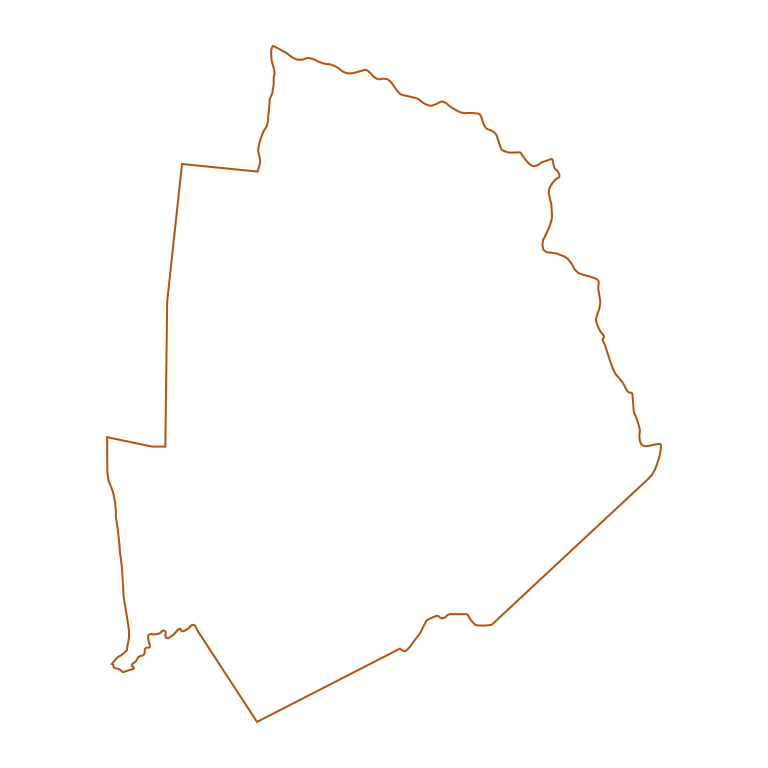 outline of Valladolid, Lempira, Honduras
{"feature_id": "27666195B50240677201560", "entity_name": "Valladolid", "entity_type": "district", "adm_level": 2, "iso_a3": "HND", "parent_name": "Honduras", "parent_adm1": "Lempira", "projection": "robinson", "projection_center": [-88.707, 14.154], "detail": "fine", "context": "isolated", "style": "outline", "palette": "amber", "viewbox_px": 768, "rotation_deg": 0, "n_neighbors": 0, "source": "geoboundaries", "source_scale": "gbopen_adm2", "svg_char_len": 6041}
<svg xmlns="http://www.w3.org/2000/svg" viewBox="0 0 768 768"><path d="M651.3,475.9L653.7,471.8L655.3,468.7L656.1,466.7L658.5,459.7L659.2,457.6L659.8,454.9L660.7,449.8L660.9,447.4L660.8,444.9L660.6,444.5L660.2,444.2L659.6,444.0L659.0,444.0L656.9,444.2L653.9,444.7L647.7,446.1L646.3,446.2L644.9,446.2L643.4,445.8L642.1,445.1L641.6,444.7L641.1,444.1L640.5,442.7L639.8,440.2L639.4,437.5L639.4,435.0L639.8,431.2L639.8,429.9L639.5,428.6L638.6,424.7L637.2,420.1L635.9,416.7L634.4,413.6L633.8,411.8L632.5,394.6L632.4,394.0L632.1,393.4L631.6,392.9L631.1,392.7L629.7,392.6L628.9,392.4L628.1,391.9L627.4,391.2L626.1,389.1L624.0,384.9L622.4,382.3L619.9,379.0L616.2,374.8L615.4,373.6L614.6,372.2L613.0,368.8L611.2,364.3L605.1,345.6L604.5,344.2L603.4,342.0L602.8,340.4L602.7,339.7L602.8,339.0L603.1,338.5L603.7,337.7L603.9,337.1L604.0,336.4L603.8,335.8L603.0,334.5L601.0,332.4L600.0,330.8L599.0,328.8L597.5,325.4L596.4,322.1L595.9,319.9L595.9,319.3L597.4,314.2L599.4,308.5L600.3,302.0L599.2,294.4L598.1,288.2L598.8,283.7L598.6,281.1L596.7,279.0L589.7,276.5L583.4,274.9L578.4,273.1L574.5,269.2L571.9,264.1L567.8,258.8L564.3,256.4L561.3,255.3L556.5,253.4L549.2,252.4L546.6,252.3L543.4,249.6L542.5,245.7L542.9,240.7L546.4,233.4L550.1,225.1L552.1,217.5L551.5,205.3L548.7,193.1L549.1,189.8L549.6,188.3L550.6,186.1L551.8,183.9L552.9,182.4L554.3,180.8L556.1,179.0L556.9,178.4L558.0,178.0L558.7,177.6L559.2,176.9L559.4,176.2L559.4,175.2L559.2,174.3L558.2,172.2L557.2,170.7L556.4,170.0L555.2,169.1L554.6,168.2L554.2,167.0L553.2,163.1L552.6,160.2L552.5,159.7L552.3,159.4L551.8,159.2L551.4,159.1L550.0,159.3L546.5,160.8L543.2,161.7L541.7,162.3L541.0,162.7L539.8,163.8L538.9,164.5L537.1,165.4L535.1,166.0L534.1,166.1L533.2,166.0L532.0,165.7L530.8,165.1L529.7,164.3L528.7,163.3L526.9,161.3L523.1,156.6L522.2,155.2L521.0,153.2L520.7,152.8L520.3,152.5L519.8,152.4L517.8,152.4L511.7,152.6L509.3,152.6L507.2,152.1L505.0,151.4L503.4,150.7L502.1,150.0L501.4,149.4L500.8,148.2L499.2,143.3L497.0,136.5L496.6,135.6L496.1,134.6L495.2,133.4L494.4,132.6L491.9,130.8L490.5,130.1L488.2,129.5L487.5,129.2L486.7,128.7L485.7,127.7L485.1,126.9L484.4,125.7L483.2,123.1L482.4,120.7L481.6,117.7L481.1,116.4L480.5,115.4L480.0,114.7L479.4,114.1L478.8,113.8L478.1,113.6L476.5,113.4L472.0,113.0L468.1,112.9L464.2,113.2L461.8,112.6L459.5,111.9L457.6,111.0L452.4,108.0L449.9,106.4L447.3,104.1L445.5,102.8L444.2,102.1L442.6,101.5L441.7,101.5L440.5,101.8L435.9,104.2L431.7,105.7L430.4,105.8L428.1,105.2L425.2,104.0L423.5,103.1L421.7,101.8L419.3,99.8L418.3,99.1L417.2,98.6L412.0,97.1L403.2,95.1L401.9,94.8L400.7,94.3L399.9,93.7L396.5,89.8L394.8,87.6L392.6,84.2L391.2,82.4L389.8,81.0L388.5,79.9L387.0,79.1L384.9,78.8L383.3,78.7L382.2,78.7L379.8,79.3L379.1,79.3L378.1,79.2L377.0,78.8L374.7,77.3L373.6,76.8L371.9,74.6L370.0,72.7L367.6,70.7L366.6,70.1L365.4,69.9L364.1,70.1L362.0,70.6L357.1,72.1L352.3,73.2L348.9,73.4L347.9,73.3L346.7,73.1L344.8,72.5L343.1,71.7L341.6,70.7L339.4,68.9L338.0,67.9L335.2,66.3L332.5,65.1L331.2,64.6L329.8,64.3L326.8,64.1L325.3,63.9L322.1,63.0L319.5,62.1L314.7,59.8L313.1,59.1L311.3,58.5L309.4,58.1L307.6,58.0L306.6,58.1L304.4,59.1L302.6,59.6L300.6,59.7L298.4,59.7L297.1,59.5L296.1,59.2L294.1,58.4L292.5,57.5L290.4,56.1L286.7,53.3L280.9,50.0L277.9,48.3L274.2,46.4L273.4,46.2L272.6,46.1L271.4,49.2L271.2,50.8L271.2,54.9L271.6,60.3L272.8,65.1L274.1,69.3L274.7,73.8L273.8,76.7L273.7,79.7L273.7,83.1L273.5,85.7L273.0,87.8L272.7,89.3L272.6,91.7L271.7,94.7L269.7,99.1L269.6,102.9L269.2,106.5L268.8,111.6L268.2,116.0L268.1,120.5L266.8,126.1L264.5,129.6L263.0,132.6L261.5,136.4L260.3,139.8L259.0,144.5L258.1,150.5L258.7,153.7L259.8,157.7L260.2,161.3L259.7,164.2L257.6,171.6L182.0,164.0L167.2,301.4L165.3,446.6L152.1,446.6L107.1,437.2L107.3,471.2L107.9,476.8L108.7,481.2L111.0,486.7L113.0,492.1L114.2,497.7L115.2,503.6L115.8,509.9L115.8,516.5L117.4,526.4L119.4,544.0L119.9,552.1L121.1,560.6L122.1,569.3L123.7,597.4L127.9,622.7L128.5,627.4L128.9,629.6L129.1,636.9L128.4,641.4L127.6,645.1L126.9,650.3L123.4,653.6L121.6,655.0L118.4,656.7L116.1,658.9L111.9,663.9L112.6,664.2L113.1,664.8L113.3,665.4L113.4,666.7L113.8,667.3L114.1,667.7L115.2,668.2L117.7,668.7L119.5,669.4L120.8,670.3L122.2,671.8L122.8,672.0L123.6,672.1L124.3,671.9L128.4,670.3L133.2,669.0L133.6,668.7L133.8,668.3L133.8,667.6L133.5,667.0L132.4,666.5L132.0,665.9L131.8,665.4L131.8,665.0L132.1,664.2L132.9,663.5L134.4,662.6L135.4,661.8L136.4,660.4L137.9,657.8L138.9,656.7L140.1,656.0L141.6,655.8L142.4,655.6L143.2,655.1L143.8,654.6L144.4,653.7L144.6,652.9L144.7,652.3L144.6,650.9L144.7,649.9L145.1,649.0L145.7,648.2L146.3,647.8L147.0,647.5L147.5,647.5L148.6,647.7L149.0,647.7L149.5,647.4L149.8,647.0L149.9,646.3L149.8,645.4L148.7,641.4L148.1,637.5L148.1,636.3L148.2,635.7L148.5,635.2L149.0,634.6L149.6,634.3L150.4,634.1L151.4,634.1L152.6,634.4L153.4,634.4L156.1,634.1L159.2,633.6L160.1,633.1L161.1,631.9L162.0,631.1L162.9,630.6L163.9,630.6L164.5,630.8L165.0,631.2L165.5,631.7L165.7,632.4L165.8,633.1L165.8,633.6L165.4,634.9L165.3,635.6L165.4,636.3L165.6,637.0L166.0,637.5L166.5,637.9L167.3,638.2L168.0,638.2L168.8,637.8L170.3,636.9L173.4,634.7L175.5,632.6L177.4,630.1L178.0,629.6L178.8,629.0L179.6,628.8L180.2,629.0L180.7,629.4L181.2,630.4L181.8,631.0L182.6,631.3L183.3,631.2L184.2,630.9L185.3,630.3L187.9,628.8L189.0,627.9L190.6,626.0L191.7,625.2L192.8,624.8L193.4,624.9L194.0,625.0L194.5,625.3L195.0,625.8L195.8,626.8L196.5,628.2L196.9,629.7L257.0,721.9L400.0,648.6L401.5,649.8L403.5,651.0L404.5,651.2L405.6,650.9L406.8,650.0L407.8,649.2L409.7,647.1L415.2,639.5L419.4,634.2L420.2,632.9L426.4,620.6L426.8,620.3L429.4,618.9L433.2,617.1L435.9,616.1L436.9,615.8L437.5,615.8L438.0,615.9L438.7,616.2L440.0,617.5L440.7,617.9L441.7,618.3L442.7,618.3L443.9,618.0L444.9,617.5L445.8,616.9L446.9,615.7L447.8,614.9L448.9,614.4L449.8,614.1L458.8,614.1L466.6,614.2L467.3,614.5L467.9,615.0L469.3,618.0L470.2,619.2L470.9,620.2L474.8,624.4L475.7,624.9L476.5,625.2L477.4,625.3L480.9,625.5L484.7,625.5L489.0,625.3L490.8,624.9L492.0,624.5L650.0,477.2L650.3,476.5L650.6,476.2L651.3,475.9Z" fill="none" stroke="#b45309" stroke-width="2"/></svg>